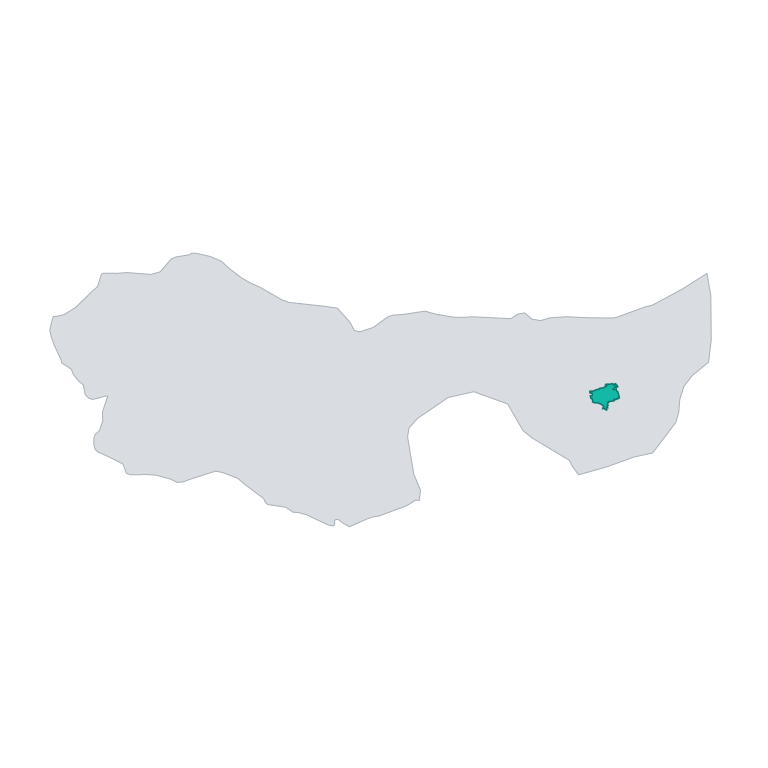 Rendas pag., Kuldigas, Latvia (highlighted), rotated 177°
{"feature_id": "27541924B10762740243269", "entity_name": "Rendas pag.", "entity_type": "district", "adm_level": 2, "iso_a3": "LVA", "parent_name": "Latvia", "parent_adm1": "Kuldigas", "projection": "robinson", "projection_center": [22.21, 57.075], "detail": "fine", "context": "in_parent", "style": "filled", "palette": "teal", "viewbox_px": 768, "rotation_deg": 177, "n_neighbors": 0, "source": "geoboundaries", "source_scale": "gbopen_adm2", "svg_char_len": 5755}
<svg xmlns="http://www.w3.org/2000/svg" viewBox="0 0 768 768"><g transform="rotate(177 384 384)"><path d="M569.0,524.8L564.2,524.2L551.0,520.5L539.8,515.0L532.9,507.8L521.2,497.8L513.5,492.7L501.6,486.4L481.6,473.4L474.4,470.4L439.3,464.7L426.6,462.2L414.7,447.4L410.8,438.9L405.1,437.4L398.9,439.2L392.1,440.9L376.6,450.9L371.5,452.3L361.8,452.4L339.1,454.6L328.7,451.0L310.6,447.0L300.8,446.4L292.2,446.5L253.8,442.6L246.8,446.8L239.8,447.6L232.8,441.0L224.3,439.1L214.9,441.4L197.8,441.6L177.4,439.5L151.5,437.9L147.7,438.6L118.9,447.4L111.8,448.7L80.5,463.6L55.7,477.5L53.0,455.3L54.9,410.9L58.7,388.9L75.9,376.1L84.5,366.1L89.5,352.8L91.1,340.5L94.6,330.3L119.3,301.1L138.7,297.9L165.0,289.8L194.4,283.1L200.1,291.7L203.0,298.2L238.6,322.1L247.6,330.1L261.6,357.6L294.7,371.6L320.6,367.2L331.7,360.4L352.3,347.9L361.4,338.8L363.2,330.0L359.0,292.4L353.1,276.1L354.9,265.9L358.5,266.4L367.2,261.5L395.8,252.4L401.5,252.0L408.1,250.1L426.0,243.2L431.9,246.9L436.9,251.1L439.6,251.1L440.8,249.6L440.4,246.9L441.6,245.0L446.9,246.0L468.1,257.4L476.2,260.1L481.8,260.8L488.5,266.1L506.5,269.7L508.8,272.5L510.2,275.9L527.4,290.3L535.2,297.6L550.3,304.2L556.8,305.8L582.7,299.0L589.9,296.7L595.9,296.6L602.2,300.2L616.4,304.9L629.1,306.4L631.4,306.1L642.2,306.6L646.0,308.5L648.8,317.7L661.3,324.9L672.9,330.9L675.9,333.7L677.0,339.1L676.5,345.3L675.2,348.6L670.6,352.3L666.8,361.8L666.6,370.8L660.6,386.3L662.1,386.6L675.8,383.8L679.7,385.4L682.9,388.9L684.2,398.6L688.9,403.0L693.8,409.9L695.5,415.2L704.5,421.6L705.4,425.7L711.4,440.2L713.8,448.6L715.0,455.1L712.7,463.3L710.6,468.9L707.8,468.6L699.9,470.0L687.7,476.8L669.7,492.6L665.0,496.1L660.6,508.1L659.4,509.3L648.5,508.8L645.6,508.5L634.7,508.7L610.8,505.6L601.7,507.7L590.0,519.9L585.4,521.7L571.4,523.3L569.0,524.8Z" fill="#d9dde1" stroke="#a8b0b8" stroke-width="1"/><path d="M178.2,359.1L178.1,358.7L177.9,358.6L177.7,358.7L177.4,358.8L177.4,358.7L177.0,358.4L177.1,358.2L176.9,358.0L176.8,357.9L176.7,357.8L176.6,357.7L176.6,357.3L176.6,357.1L176.5,356.6L176.4,356.4L176.4,356.2L176.5,356.1L176.4,355.9L176.4,355.3L176.6,355.1L176.3,354.9L175.8,354.8L175.6,354.6L175.3,354.4L175.2,354.4L174.6,354.3L174.2,354.0L173.9,354.0L173.7,354.0L173.4,354.1L173.2,354.2L172.9,354.1L172.7,354.1L172.3,354.1L172.2,354.0L171.6,353.9L171.4,353.9L171.2,353.9L170.9,353.8L170.7,353.7L170.5,353.4L170.4,353.2L170.0,353.2L169.7,353.2L169.4,353.1L169.2,353.1L168.8,353.0L168.6,352.8L168.4,352.7L168.1,352.3L168.1,352.2L167.9,352.0L167.5,351.8L167.3,351.6L167.0,351.4L166.8,351.3L166.7,351.3L166.5,351.2L166.4,351.1L166.3,350.9L166.2,350.9L166.0,350.7L166.0,350.3L166.0,350.2L165.9,349.9L165.9,349.6L166.1,349.4L166.1,349.2L166.2,348.9L166.3,348.9L166.6,348.8L166.8,348.6L166.8,348.3L166.8,348.1L166.9,347.9L166.7,347.9L166.4,347.9L166.2,348.0L165.9,348.1L165.5,348.0L165.5,347.9L165.3,347.8L165.1,347.7L164.8,347.6L164.7,347.6L164.6,347.2L164.2,347.0L163.9,346.8L163.7,346.8L163.3,346.4L163.0,346.3L162.9,346.4L162.9,346.5L163.0,346.6L163.1,346.8L163.0,347.1L162.9,347.2L163.0,347.3L163.0,347.5L163.0,347.8L162.9,348.0L163.0,348.1L162.9,348.2L162.9,348.3L162.8,348.5L162.7,348.6L162.4,348.7L162.2,348.7L162.3,348.8L162.2,348.8L162.1,349.0L162.1,349.3L162.2,349.5L162.3,349.8L162.3,350.0L162.2,350.2L162.2,350.3L161.9,350.5L161.4,350.7L161.3,350.8L161.4,351.0L161.6,351.1L161.8,351.3L161.9,351.5L161.8,351.8L161.8,352.0L161.7,352.1L161.7,352.3L161.6,352.5L161.6,353.0L161.4,353.1L161.2,353.3L161.1,353.5L161.3,353.5L161.5,353.6L161.4,353.7L161.1,353.7L160.8,353.8L160.7,353.9L160.5,354.0L160.3,354.1L160.2,354.2L160.4,354.2L160.5,354.3L160.8,354.5L160.7,354.6L155.1,355.2L155.1,355.5L155.2,355.8L155.3,355.9L155.6,356.0L155.3,356.3L155.3,356.2L155.2,356.3L155.1,356.2L154.9,356.0L154.5,356.1L154.4,356.3L154.2,356.3L154.0,356.2L153.9,356.2L153.8,356.3L153.5,356.4L153.3,356.5L153.1,356.5L152.8,356.5L152.6,356.5L152.7,357.0L150.2,357.3L150.5,358.4L149.7,358.5L150.3,361.2L150.9,364.0L151.5,364.0L151.8,364.3L152.4,366.9L153.2,366.6L153.4,366.5L154.7,366.4L155.0,366.4L155.4,366.6L155.7,366.7L155.7,366.8L154.9,367.6L153.9,368.4L153.3,368.5L153.2,368.8L152.9,368.6L152.5,368.7L152.4,368.5L152.1,368.5L152.0,368.8L151.7,369.0L150.8,369.0L150.8,368.9L150.7,368.9L150.7,369.0L150.8,369.1L150.9,369.4L151.1,369.4L151.1,369.5L151.3,369.6L151.3,369.8L151.4,369.7L151.5,369.7L151.5,369.8L152.4,369.9L152.2,370.2L152.3,370.5L152.2,371.0L152.3,371.2L152.6,371.3L152.9,371.3L153.1,371.4L152.5,371.8L152.9,372.1L153.4,372.2L153.5,372.1L154.1,371.8L154.3,371.7L154.2,371.4L154.4,371.2L154.8,371.0L155.0,371.2L155.3,371.4L155.5,371.7L155.4,371.8L155.4,372.0L155.6,372.2L155.9,372.3L156.1,372.3L156.4,372.5L156.5,372.5L157.9,372.0L158.8,371.9L158.8,372.0L159.6,372.1L159.5,371.9L160.0,371.8L160.6,372.0L160.6,371.9L160.8,372.0L161.0,372.2L161.6,372.2L162.1,372.1L162.5,372.1L162.6,371.9L162.4,371.7L162.3,371.8L162.2,371.7L162.4,371.6L162.1,371.5L161.9,371.3L162.3,371.2L162.0,370.2L163.4,370.0L163.4,369.9L163.2,369.9L163.4,369.8L163.8,369.3L163.9,369.2L164.0,369.1L164.4,369.1L164.6,368.8L165.2,368.7L165.4,368.7L165.6,368.6L166.1,368.5L166.7,368.8L166.8,368.8L167.2,368.5L167.3,368.5L167.9,368.5L168.5,368.4L168.9,368.4L169.0,368.3L169.1,368.2L169.1,367.9L169.4,367.8L169.4,367.7L169.7,367.5L170.2,367.5L170.6,367.5L170.8,367.2L171.1,367.3L171.3,367.4L171.2,367.5L171.5,367.4L171.9,367.4L172.0,367.3L172.5,367.2L172.9,366.9L173.2,366.7L173.6,366.6L174.2,366.5L174.9,366.3L176.0,365.8L176.8,365.7L176.9,366.1L178.9,365.9L178.8,365.3L178.6,365.4L178.8,364.9L178.4,364.9L178.5,364.8L178.5,364.7L178.3,364.0L176.8,364.2L176.7,363.8L176.6,363.5L176.6,363.4L176.4,362.7L176.6,362.4L176.7,361.9L176.8,361.5L177.6,361.5L178.0,361.4L178.3,361.3L178.6,361.3L178.2,359.1Z" fill="#14b8a6" stroke="#0f766e" stroke-width="1.5"/></g></svg>